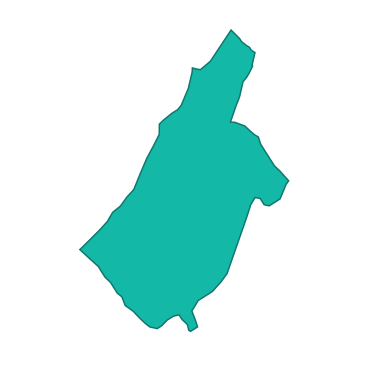 Kesm Al-minya, Al Minya, Egypt (Albers equal-area conic projection), rotated 239°
{"feature_id": "37247803B97028957261557", "entity_name": "Kesm Al-minya", "entity_type": "district", "adm_level": 2, "iso_a3": "EGY", "parent_name": "Egypt", "parent_adm1": "Al Minya", "projection": "albers", "projection_center": [30.746, 28.094], "detail": "fine", "context": "isolated", "style": "filled", "palette": "teal", "viewbox_px": 384, "rotation_deg": 239, "n_neighbors": 0, "source": "geoboundaries", "source_scale": "gbopen_adm2", "svg_char_len": 1424}
<svg xmlns="http://www.w3.org/2000/svg" viewBox="0 0 384 384"><g transform="rotate(239 192 192)"><path d="M298.1,256.2L294.6,253.8L282.7,242.2L271.9,227.5L269.9,222.0L269.9,218.8L269.8,215.1L268.4,205.2L267.0,199.0L258.3,193.6L251.3,182.6L244.3,170.8L234.1,156.7L225.0,144.6L224.0,143.2L221.3,133.9L216.8,123.4L215.4,113.5L210.3,104.3L207.0,93.2L203.0,77.1L200.4,66.2L186.0,70.4L176.6,73.3L174.8,73.4L171.1,73.4L167.4,73.5L163.8,73.6L156.5,75.6L152.9,75.7L151.0,75.7L143.7,75.9L138.3,77.9L129.1,76.3L128.7,76.4L128.4,76.6L120.0,80.2L110.9,82.2L103.7,84.2L98.2,86.2L94.6,90.0L92.8,91.8L93.0,97.4L95.0,104.7L95.1,112.1L93.4,117.6L87.9,117.8L80.7,119.8L75.1,118.0L73.3,119.0L73.4,121.8L73.4,123.6L73.5,127.3L80.9,129.0L90.1,130.6L95.8,141.5L96.1,152.6L96.2,158.1L100.1,170.9L101.0,172.9L104.0,180.0L141.6,225.2L151.0,236.0L153.4,240.6L154.8,243.3L151.3,247.1L147.6,247.2L143.9,247.3L140.4,251.0L140.7,263.9L150.1,276.6L151.8,280.6L164.8,278.1L172.0,276.1L177.5,276.0L179.4,275.9L184.9,275.8L186.7,275.7L197.7,275.5L205.0,277.2L208.6,275.2L214.1,273.3L221.3,271.3L229.9,264.4L231.7,261.5L231.9,261.2L232.1,260.9L243.4,274.4L249.0,281.7L254.6,287.1L260.2,292.5L262.2,297.9L264.1,301.6L268.7,308.8L269.8,308.8L271.6,310.6L273.5,312.4L279.1,317.8L282.7,315.9L286.4,315.8L290.0,313.9L295.5,311.9L299.1,311.8L310.7,308.9L294.6,275.1L292.5,262.2L296.0,258.2L298.1,256.2Z" fill="#14b8a6" stroke="#0f766e" stroke-width="1.5"/></g></svg>